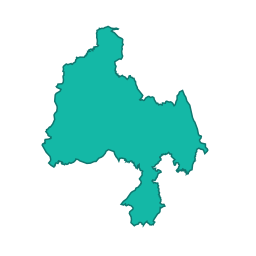 the district of Wang Nam Khiao, Nakhon Ratchasima, Thailand, rotated 201°
{"feature_id": "78962969B7842006163468", "entity_name": "Wang Nam Khiao", "entity_type": "district", "adm_level": 2, "iso_a3": "THA", "parent_name": "Thailand", "parent_adm1": "Nakhon Ratchasima", "projection": "natural_earth1", "projection_center": [101.843, 14.436], "detail": "fine", "context": "isolated", "style": "filled", "palette": "teal", "viewbox_px": 256, "rotation_deg": 201, "n_neighbors": 0, "source": "geoboundaries", "source_scale": "gbopen_adm2", "svg_char_len": 5746}
<svg xmlns="http://www.w3.org/2000/svg" viewBox="0 0 256 256"><g transform="rotate(201 128 128)"><path d="M202.0,81.3L195.6,76.0L190.5,73.5L188.9,71.0L188.6,69.6L189.5,66.9L186.5,65.6L183.2,65.0L183.0,66.7L182.6,66.8L183.1,67.4L182.7,68.2L182.9,68.9L182.6,69.7L180.7,69.8L180.4,71.4L181.2,71.6L181.0,72.5L177.5,72.6L176.9,72.4L177.5,71.4L176.5,70.7L176.1,71.1L174.0,71.0L173.7,72.2L172.0,72.1L170.9,73.2L170.4,74.7L168.7,74.6L166.5,76.7L165.4,79.1L165.6,80.3L163.2,80.7L161.4,80.1L153.7,80.2L150.4,81.8L147.8,84.4L145.8,85.4L144.5,89.3L142.3,91.4L141.2,93.1L140.2,96.4L140.1,98.6L138.4,100.9L132.6,101.0L131.0,98.8L128.7,96.8L126.6,95.7L124.7,93.9L124.8,96.7L123.1,97.7L119.5,98.2L119.0,97.9L119.6,97.3L119.5,96.8L118.3,97.1L117.8,96.9L117.8,96.3L117.6,96.6L116.6,96.0L114.9,96.9L114.6,96.5L114.0,98.0L112.7,98.5L112.0,98.1L111.8,97.4L111.0,97.3L110.3,97.8L110.0,97.0L109.1,96.5L108.8,95.2L107.6,95.1L106.1,93.6L105.5,94.3L104.8,93.6L104.7,94.4L105.5,96.5L104.5,98.0L103.3,94.8L102.5,94.4L101.8,93.3L101.0,92.8L100.0,93.2L98.8,92.9L99.0,91.6L97.9,89.1L99.1,84.6L96.7,82.9L96.2,82.2L95.9,80.9L96.2,80.8L96.1,79.3L96.6,78.9L97.1,76.6L99.0,74.7L99.0,72.5L101.3,69.9L102.1,68.4L103.8,61.4L106.0,57.9L107.1,54.3L104.5,54.5L103.2,56.3L102.5,55.0L101.7,54.8L100.1,56.7L99.1,56.4L97.2,56.6L95.1,55.6L94.5,55.0L94.4,53.9L96.3,50.4L96.1,48.7L93.2,46.1L91.9,43.6L91.3,40.7L87.1,39.0L86.2,40.4L84.0,42.0L83.7,43.8L82.5,44.4L81.0,44.1L80.3,43.2L79.0,43.5L78.7,42.7L78.0,45.6L76.9,47.6L76.4,46.8L73.5,46.0L72.9,45.5L71.2,46.0L70.5,46.9L69.8,46.8L69.8,47.9L69.3,49.7L71.0,50.0L71.1,51.5L69.6,58.5L68.8,59.4L68.2,61.2L69.4,65.4L68.2,65.5L67.3,67.0L65.6,68.3L67.1,69.6L69.1,68.7L71.3,69.5L71.1,71.1L71.7,73.2L72.4,73.5L72.7,74.7L74.0,75.1L73.9,75.8L74.5,76.0L75.0,76.9L75.5,76.9L75.3,78.2L75.7,78.6L75.5,78.9L77.1,80.3L76.9,81.1L77.7,82.7L78.7,83.0L79.0,84.1L78.7,84.9L80.0,85.8L80.3,87.1L81.1,87.1L82.1,86.5L83.5,86.8L84.4,85.9L85.5,86.8L86.5,87.1L86.4,88.2L84.0,88.9L83.6,91.2L83.8,91.9L83.3,92.3L83.5,96.2L81.3,98.7L82.0,99.5L84.4,99.9L85.2,99.6L85.3,98.0L87.1,98.1L87.8,100.2L89.5,98.8L91.4,100.3L89.5,101.4L89.1,103.6L87.3,105.9L87.6,106.9L87.0,107.4L86.6,109.1L85.8,109.9L86.2,111.0L87.2,111.8L87.7,111.7L87.9,112.5L86.6,114.4L87.0,115.2L85.9,115.4L85.8,116.3L83.7,116.6L83.6,117.2L83.3,117.0L82.0,118.3L81.3,119.8L79.4,118.6L78.8,119.1L77.9,119.1L77.3,117.0L72.9,115.3L73.9,113.2L71.7,110.2L71.0,110.0L70.5,110.5L70.7,112.9L68.9,113.4L67.9,112.8L67.7,112.2L66.9,112.1L66.5,110.8L66.8,109.6L66.4,108.3L67.0,107.5L67.5,105.9L67.1,105.9L66.8,105.0L66.3,104.9L66.3,105.9L65.8,105.9L65.3,105.2L64.9,106.0L65.1,106.7L64.4,107.4L63.5,107.3L62.9,108.1L62.7,107.2L62.1,107.5L62.2,109.3L61.8,109.2L61.9,108.5L61.4,109.1L60.9,108.3L60.5,109.0L60.0,108.5L59.4,109.2L59.2,108.5L58.5,108.5L59.1,108.0L58.9,107.5L58.3,107.9L57.9,107.0L57.2,106.7L57.0,106.1L56.7,107.0L55.9,106.5L55.4,107.0L55.7,107.9L54.8,110.7L53.3,112.0L54.6,117.0L54.4,120.1L53.7,121.2L54.2,121.2L54.1,123.1L55.2,124.4L54.9,125.5L55.3,125.6L55.2,127.5L56.0,129.1L55.4,130.5L56.0,131.8L55.9,133.1L54.6,134.6L52.5,134.3L50.4,134.7L49.3,134.1L47.1,131.6L45.7,134.8L45.6,136.0L46.8,137.1L48.7,137.7L50.0,140.8L54.0,140.2L55.2,140.5L56.6,141.7L57.0,142.8L56.3,144.4L56.5,146.4L57.1,146.8L58.5,146.4L60.1,147.5L62.8,151.8L67.7,157.4L69.0,158.2L71.4,160.7L78.5,171.4L82.7,174.2L85.1,177.5L87.2,179.0L90.5,182.6L92.8,180.1L92.8,177.5L93.7,175.6L92.4,172.3L92.6,170.1L92.3,166.7L93.0,165.3L95.0,167.0L96.6,167.6L97.9,167.6L98.8,166.9L101.4,166.9L102.1,166.3L102.0,164.5L104.8,163.7L104.4,161.7L106.5,161.7L107.6,160.6L109.2,161.8L110.1,161.1L113.4,163.7L114.8,165.6L116.3,165.8L118.0,164.6L119.7,165.0L120.4,164.7L122.2,162.3L122.7,159.7L123.3,159.3L125.0,159.4L126.4,158.3L127.2,158.6L126.0,161.4L125.9,163.7L133.5,168.2L133.8,169.1L136.4,171.6L137.7,174.2L138.6,174.4L140.2,176.5L141.7,176.1L142.3,176.7L143.7,176.4L144.6,177.6L145.5,177.1L145.5,174.8L146.2,173.1L149.0,174.5L151.1,174.5L152.1,175.1L154.6,172.4L155.1,172.8L155.2,173.5L156.7,173.3L156.8,174.5L158.0,174.2L158.3,174.7L158.9,174.6L159.4,175.0L159.3,176.2L159.7,176.7L160.6,176.8L161.1,178.9L161.3,181.4L162.7,182.4L164.1,185.1L161.3,188.9L160.4,189.6L159.1,189.7L158.7,191.4L158.8,193.3L160.0,194.6L161.5,197.5L161.7,199.8L162.5,200.9L162.8,202.5L162.4,204.2L163.7,205.3L164.6,208.7L165.7,209.3L169.7,209.6L174.7,212.0L178.2,212.5L177.4,214.2L174.3,216.1L172.8,216.5L172.6,217.0L174.7,217.0L176.5,215.9L179.4,215.2L183.0,215.7L184.6,214.1L185.3,213.8L186.5,212.2L188.3,211.6L189.5,210.6L190.4,210.7L190.3,209.7L191.9,208.0L191.2,206.5L191.4,205.6L191.1,204.6L190.6,204.2L189.5,200.9L188.9,200.5L187.7,198.1L186.9,195.0L185.2,194.5L185.3,193.9L186.1,192.8L187.3,192.4L187.8,191.6L188.7,191.6L188.7,191.0L188.0,189.8L189.0,189.7L188.9,188.8L189.7,188.6L188.8,188.1L188.7,187.7L191.0,188.2L192.5,186.8L192.4,186.1L191.4,185.8L193.1,185.1L192.6,184.4L193.1,183.0L192.8,182.4L193.2,182.1L192.9,181.5L193.4,181.0L193.3,180.3L193.8,180.2L194.1,178.4L198.3,176.9L200.0,175.4L201.2,175.6L201.3,175.2L200.6,174.5L201.2,172.8L200.8,170.9L202.5,168.5L202.7,167.5L203.4,167.3L204.2,167.8L206.8,165.6L208.6,165.6L210.1,163.0L210.4,161.6L209.3,159.9L209.0,157.5L208.1,157.5L207.7,157.0L206.8,154.2L207.2,153.5L207.0,152.6L205.5,149.9L204.8,147.3L205.5,145.6L209.1,143.9L209.0,142.3L209.8,141.0L208.9,140.4L204.4,140.1L204.6,138.0L207.4,134.6L207.8,132.8L206.0,126.7L202.1,123.0L201.2,121.2L200.5,117.9L201.5,115.6L201.7,113.6L199.5,109.7L199.7,104.8L200.8,101.1L201.6,100.8L202.6,97.9L203.4,97.3L203.0,96.1L203.4,95.2L200.7,93.7L200.1,92.6L199.4,92.2L198.1,92.3L196.8,91.5L196.5,91.8L196.2,91.0L196.3,90.6L198.4,89.0L201.2,87.6L201.2,86.7L200.3,85.3L200.8,84.6L200.1,83.9L202.0,82.5L202.0,81.3Z" fill="#14b8a6" stroke="#0f766e" stroke-width="1.5"/></g></svg>